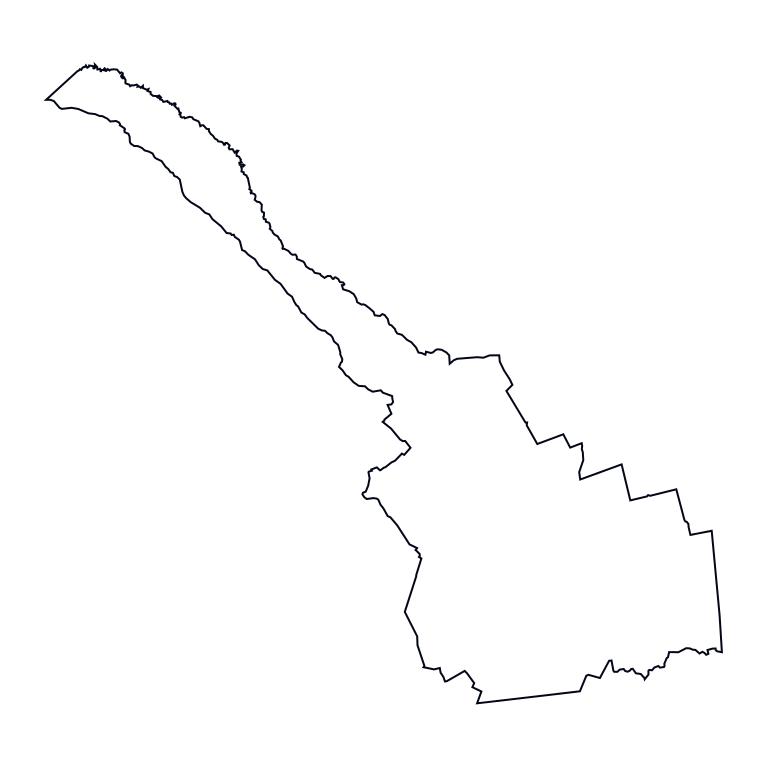 Movilita, Vrancea, Romania
{"feature_id": "2599482B70514991370639", "entity_name": "Movilita", "entity_type": "district", "adm_level": 2, "iso_a3": "ROU", "parent_name": "Romania", "parent_adm1": "Vrancea", "projection": "albers", "projection_center": [27.063, 45.987], "detail": "fine", "context": "isolated", "style": "outline", "palette": "ink", "viewbox_px": 768, "rotation_deg": 0, "n_neighbors": 0, "source": "geoboundaries", "source_scale": "gbopen_adm2", "svg_char_len": 6024}
<svg xmlns="http://www.w3.org/2000/svg" viewBox="0 0 768 768"><path d="M581.7,443.2L570.2,447.6L563.3,434.3L537.3,444.0L526.7,425.3L527.1,422.5L525.6,422.6L524.9,421.6L506.4,390.9L512.4,384.9L509.8,379.4L504.0,370.4L499.8,361.7L499.2,355.3L489.6,355.4L483.4,357.7L477.1,357.2L457.1,358.8L453.9,360.2L449.7,363.7L449.2,355.4L446.5,352.5L441.7,349.8L437.9,349.3L435.9,349.8L432.9,352.4L430.9,353.0L426.0,351.7L425.4,354.7L421.4,353.0L418.5,352.6L416.0,347.4L411.3,342.2L407.1,339.9L401.9,334.8L397.3,333.5L395.5,330.9L395.1,329.2L391.4,325.3L389.6,324.7L388.9,323.7L387.8,319.1L384.6,315.0L382.3,314.1L380.0,316.0L374.7,315.3L373.6,311.9L369.3,308.1L365.2,305.0L363.2,304.3L361.6,304.6L357.2,302.2L356.2,298.4L353.7,294.1L349.4,291.3L343.1,289.3L341.9,285.2L343.8,285.0L344.4,284.1L343.1,282.5L339.9,282.0L338.3,279.1L335.5,277.3L334.5,277.5L333.6,278.9L332.7,278.9L330.5,276.1L327.6,276.0L324.6,277.9L320.7,275.2L320.1,273.9L314.7,272.8L312.3,269.6L309.8,269.0L306.1,266.5L304.3,262.7L303.1,261.5L296.9,259.0L296.8,256.5L295.5,254.5L292.7,254.8L291.0,253.9L288.4,250.9L283.9,248.7L282.8,248.9L282.4,248.3L283.0,246.2L280.7,240.5L279.4,239.4L277.8,236.4L274.7,234.7L272.8,232.6L272.3,230.9L269.8,228.8L270.4,226.9L269.5,223.5L268.7,222.6L265.9,221.8L265.7,219.4L263.8,218.9L263.3,216.9L263.9,216.1L264.0,212.6L262.1,211.8L261.5,210.1L261.8,204.6L259.5,202.1L257.2,201.8L254.7,199.8L255.5,197.0L255.4,195.4L254.7,194.3L251.7,193.0L250.9,193.3L250.6,192.3L251.5,191.6L251.5,190.6L249.3,189.1L249.9,187.8L247.8,177.8L247.1,177.3L246.5,175.5L243.8,174.1L243.7,172.3L241.5,171.5L241.8,168.9L241.1,166.7L243.1,166.6L244.4,165.2L243.1,164.4L239.7,164.7L239.3,162.7L241.5,162.2L240.6,160.6L240.9,159.7L238.9,156.6L236.7,155.9L236.4,153.7L238.2,150.8L237.0,150.6L234.6,152.6L232.6,149.2L229.5,149.3L228.7,147.9L229.6,145.4L227.1,143.0L225.6,142.9L225.1,143.3L225.1,144.5L224.1,144.8L222.9,142.8L221.7,141.9L218.2,141.4L217.2,139.8L215.0,138.7L213.1,135.9L210.7,133.9L208.9,131.1L208.9,129.1L206.6,128.9L203.4,125.3L202.1,125.2L200.3,126.2L199.3,122.7L198.4,121.3L193.3,119.2L192.3,117.4L189.6,116.8L184.9,118.3L184.0,117.1L182.3,117.6L180.8,117.0L180.4,114.8L179.5,114.4L179.9,113.4L180.5,113.6L180.8,112.9L179.2,111.9L178.4,108.6L177.6,109.0L174.4,105.7L175.6,104.4L175.3,103.4L174.1,103.3L171.9,104.8L171.1,103.5L169.7,103.7L169.2,102.4L167.7,102.0L167.4,101.0L163.4,101.9L162.1,99.9L160.1,99.4L160.0,98.7L161.1,97.5L159.2,95.5L158.3,95.8L158.5,97.8L157.1,97.0L156.9,96.1L152.9,95.8L150.6,93.9L150.6,92.0L147.6,91.0L148.4,89.1L146.7,89.7L143.0,88.1L142.9,85.8L140.8,87.8L139.4,86.6L137.5,86.7L138.0,85.6L136.7,84.6L133.3,85.5L131.8,85.2L130.1,86.2L129.4,84.7L125.6,83.4L125.3,82.5L125.6,80.1L123.9,77.1L123.4,77.2L123.3,78.2L122.6,78.3L121.3,76.9L121.1,76.1L121.6,75.2L122.8,75.6L122.7,73.2L121.5,72.4L120.0,73.2L117.1,69.6L113.5,69.3L110.4,69.7L109.5,70.5L107.8,69.1L106.3,70.9L105.7,70.9L105.4,68.8L104.6,68.3L104.0,69.0L104.0,70.2L101.6,69.9L101.1,71.2L100.6,71.2L100.0,68.8L97.4,69.5L97.2,67.0L95.0,64.7L95.4,67.5L94.0,68.5L93.3,68.2L93.5,66.2L89.1,65.5L88.9,66.7L87.3,67.7L85.9,65.4L84.8,67.1L83.6,67.0L82.2,68.1L81.3,69.9L79.9,69.2L79.2,70.3L77.4,71.2L46.1,99.8L50.3,99.8L53.8,101.0L59.6,107.8L61.8,108.9L71.6,107.8L78.4,109.0L88.4,113.3L95.1,114.1L99.6,116.0L102.2,116.1L107.4,118.7L110.4,121.5L116.1,121.0L119.0,122.5L120.1,124.2L119.8,125.2L124.7,128.5L125.0,129.4L124.3,130.2L124.7,132.2L128.4,133.8L129.6,136.6L129.9,141.9L130.7,143.6L134.2,146.0L137.9,146.1L142.0,148.0L144.6,150.4L148.8,151.6L152.6,153.5L154.5,157.2L155.9,158.4L161.6,161.1L165.5,166.7L168.3,169.1L170.6,172.3L172.9,172.8L174.3,176.0L177.2,177.1L179.8,179.6L182.3,191.6L184.0,195.6L186.3,198.3L190.8,202.2L200.0,207.8L205.2,212.8L209.3,214.4L212.5,219.2L221.1,226.3L226.6,233.0L230.6,233.5L231.7,235.0L233.8,234.7L234.8,236.9L238.9,239.7L240.0,241.6L242.1,250.1L244.9,251.2L248.4,254.8L255.0,259.3L258.7,265.1L262.7,269.0L267.3,270.4L274.9,279.8L280.6,283.9L287.6,293.6L292.0,296.7L294.4,302.0L296.3,305.1L298.1,306.4L301.4,312.6L304.6,314.3L307.3,318.0L318.2,328.7L321.8,330.4L325.0,330.8L327.3,333.1L330.9,335.3L332.5,337.5L334.0,341.4L338.1,344.9L340.3,352.3L340.2,354.2L342.3,359.2L342.0,361.7L340.9,362.6L339.0,366.9L342.7,370.5L345.9,375.2L348.7,376.9L353.6,382.3L358.8,385.9L365.0,386.3L368.1,389.3L372.7,391.7L380.8,390.3L382.9,392.7L392.2,396.1L392.3,398.6L393.1,402.0L391.4,404.4L387.6,404.9L391.4,413.8L384.5,419.5L384.3,420.7L382.7,421.9L391.1,428.6L400.0,439.4L402.7,441.1L405.2,441.0L410.5,447.8L404.2,454.9L401.9,453.6L395.2,460.6L391.3,462.5L385.3,467.3L384.1,467.5L380.6,470.1L380.0,470.3L376.8,467.4L371.3,469.5L371.9,470.7L368.7,471.7L368.5,472.6L369.6,478.2L368.2,485.6L365.7,491.7L363.0,492.7L362.4,494.3L364.3,497.2L366.7,499.0L373.4,498.1L376.8,498.6L378.4,499.8L380.5,504.7L383.4,508.4L387.7,516.1L390.5,517.4L397.2,525.3L409.5,544.4L417.1,548.1L415.6,550.0L419.6,553.9L419.8,556.0L419.0,557.0L421.4,558.5L416.2,575.1L416.3,576.1L404.8,611.9L417.2,636.4L417.5,645.3L424.4,665.9L423.5,667.2L434.1,669.4L439.8,668.0L440.6,672.7L443.4,676.9L445.0,681.5L447.0,681.1L464.7,670.9L467.2,673.5L474.2,683.1L472.4,687.2L481.4,691.5L477.1,703.3L579.9,691.3L586.3,675.8L588.4,674.8L599.9,678.0L609.1,660.8L611.5,660.5L613.4,670.7L614.2,671.8L617.4,671.8L619.7,669.6L623.7,669.0L625.2,671.0L627.6,671.7L629.9,670.6L631.2,669.0L632.8,668.8L635.9,673.3L640.8,674.0L644.4,678.0L644.7,679.3L648.5,674.5L648.4,670.8L649.4,669.9L652.0,670.3L654.4,667.5L658.4,666.0L659.9,667.6L664.0,667.0L664.6,665.8L664.3,663.9L666.7,658.1L668.0,657.2L669.1,652.1L678.4,652.2L686.2,648.2L689.8,648.4L692.8,649.7L695.4,649.9L699.5,653.5L702.5,651.8L704.7,653.1L706.2,654.8L708.4,653.8L707.5,650.0L712.5,648.6L715.6,648.5L715.8,650.2L717.2,651.3L721.9,652.2L719.6,615.4L711.7,530.8L690.4,534.9L688.6,527.1L688.4,524.0L686.8,521.9L685.3,521.4L684.4,519.9L676.3,489.3L650.2,495.8L648.1,495.1L647.0,496.4L630.3,500.4L621.6,464.4L580.2,479.5L579.2,472.1L583.3,460.1L582.8,452.4L581.8,448.9L582.2,446.1L581.7,443.2Z" fill="none" stroke="#020617" stroke-width="2"/></svg>